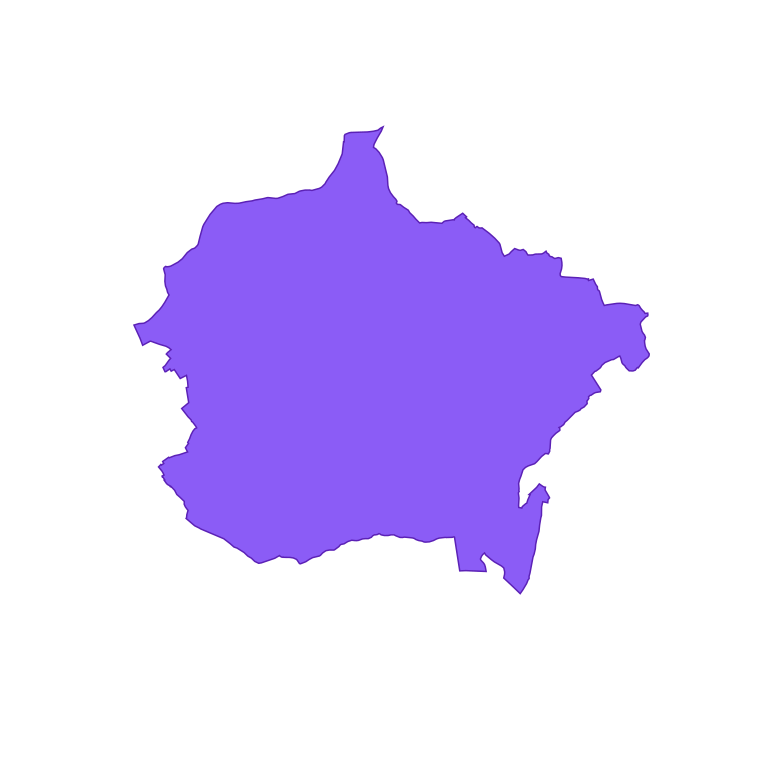 outline of Urmenis, Bistrita-Nasaud, Romania, rotated 134°
{"feature_id": "2599482B85850276190943", "entity_name": "Urmenis", "entity_type": "district", "adm_level": 2, "iso_a3": "ROU", "parent_name": "Romania", "parent_adm1": "Bistrita-Nasaud", "projection": "albers", "projection_center": [24.357, 46.791], "detail": "fine", "context": "isolated", "style": "filled", "palette": "violet", "viewbox_px": 768, "rotation_deg": 134, "n_neighbors": 0, "source": "geoboundaries", "source_scale": "gbopen_adm2", "svg_char_len": 6159}
<svg xmlns="http://www.w3.org/2000/svg" viewBox="0 0 768 768"><g transform="rotate(134 384 384)"><path d="M515.3,604.8L520.7,591.0L523.8,584.5L515.8,582.0L515.3,581.6L511.5,573.2L508.3,567.1L507.4,564.0L507.2,561.0L511.6,561.5L513.7,561.4L513.8,555.3L516.1,555.2L522.8,554.2L525.6,554.5L527.3,550.1L526.7,549.5L521.9,548.5L522.6,546.0L519.3,544.9L521.6,534.4L515.0,532.1L518.4,527.3L522.4,522.7L524.0,523.7L533.1,511.5L542.2,512.5L543.7,502.1L543.8,497.9L544.6,496.3L544.3,495.3L545.2,489.7L545.7,488.3L547.7,489.0L550.6,488.7L554.4,487.6L558.5,485.8L562.4,484.6L562.5,483.4L567.8,482.6L569.3,478.1L577.2,482.2L580.8,484.7L586.2,487.2L586.3,488.0L593.5,489.4L594.2,487.2L597.0,487.8L596.9,488.6L600.3,488.6L600.9,483.2L601.4,481.4L602.3,479.0L604.4,479.7L604.9,478.7L604.5,478.5L605.3,475.2L605.9,475.4L606.7,471.2L606.6,469.6L605.7,466.3L606.2,466.3L605.7,464.7L605.9,460.8L607.4,456.3L607.2,452.2L607.2,446.1L609.3,444.2L610.3,441.7L610.8,439.1L611.0,437.2L614.9,435.1L617.3,433.2L618.2,433.0L617.5,421.7L616.0,417.0L615.5,414.9L606.6,391.8L605.7,383.7L605.5,378.7L604.1,375.7L602.4,367.6L602.4,362.4L601.4,358.4L601.4,353.7L600.0,349.6L597.9,348.0L585.2,341.5L580.0,340.0L580.1,338.9L579.4,336.9L578.5,336.3L578.4,335.8L574.1,331.2L572.1,328.4L571.0,325.3L571.0,324.2L571.9,320.1L571.4,319.2L566.2,316.8L562.1,315.9L558.4,314.7L552.6,311.0L551.3,310.7L548.3,310.8L544.3,310.0L541.3,307.9L538.4,304.8L537.7,304.4L532.3,303.5L530.2,303.7L529.3,303.5L526.7,301.7L522.5,300.6L518.8,298.7L516.8,296.1L515.6,294.8L514.2,293.7L510.3,291.8L508.2,290.0L506.2,287.9L503.0,286.6L501.1,286.7L499.1,286.1L498.4,285.3L496.7,284.1L495.1,283.7L494.7,282.7L494.5,281.3L492.7,278.4L490.0,275.7L487.7,274.2L485.5,271.9L485.0,270.1L483.3,266.0L481.7,264.2L479.9,262.9L475.0,256.7L474.1,255.0L473.7,253.0L472.5,250.3L470.6,247.5L469.8,245.4L468.7,244.1L466.0,241.7L462.3,239.7L458.8,238.5L456.4,237.2L451.8,233.4L451.2,232.6L446.9,228.4L445.3,227.5L445.2,226.9L465.8,199.7L461.4,195.5L447.9,180.3L445.1,184.2L444.0,186.3L443.6,188.1L443.4,192.0L442.9,193.1L440.1,194.2L438.0,194.5L435.7,194.3L436.3,192.1L435.8,184.9L435.3,181.0L433.3,173.1L433.1,170.1L435.3,166.7L437.1,165.1L440.4,163.1L440.2,150.3L440.2,140.4L435.3,141.2L428.5,142.8L424.8,144.3L423.2,144.4L421.5,146.1L418.7,147.6L405.0,156.6L402.0,157.9L397.5,160.6L394.1,163.4L390.1,166.0L382.3,170.2L377.2,174.2L371.4,178.2L369.2,179.4L362.9,185.3L358.4,188.0L355.7,183.7L353.1,185.7L350.9,185.8L350.4,187.1L348.4,194.3L347.6,195.2L346.1,196.2L346.8,197.1L347.3,198.5L348.0,202.9L352.3,202.4L362.8,202.9L362.2,202.0L367.4,200.1L370.6,198.5L371.6,198.9L375.4,199.3L376.3,199.3L377.5,198.7L379.2,201.3L377.9,202.8L372.3,207.6L369.0,211.7L367.3,212.2L366.8,213.2L365.7,213.9L362.0,218.1L358.5,220.1L355.1,221.5L349.2,224.4L345.7,224.3L342.6,223.3L336.7,220.3L333.8,220.1L326.6,220.3L322.0,219.7L320.5,218.0L320.5,217.6L320.1,217.2L317.2,218.1L316.2,219.2L315.0,219.8L308.4,225.4L306.3,226.1L303.5,226.2L300.0,226.1L295.4,225.3L295.0,225.4L293.8,226.8L293.7,227.9L291.9,227.1L288.2,226.6L285.7,227.3L283.0,227.0L271.6,226.9L268.6,225.5L267.7,225.4L267.1,224.9L264.8,225.1L261.5,224.1L257.0,224.2L255.4,226.1L252.1,226.6L251.1,228.0L249.1,227.9L248.4,227.3L244.3,226.4L242.9,225.7L239.3,223.0L237.6,223.9L233.5,241.0L228.4,241.1L227.5,240.5L222.7,239.7L221.1,239.8L219.3,240.3L215.0,239.9L208.5,237.2L206.9,235.9L201.1,234.3L200.1,233.8L201.0,231.5L203.4,227.6L203.7,226.2L203.6,223.3L204.0,222.0L204.2,220.5L204.2,216.8L201.7,214.0L199.6,212.9L196.1,213.2L195.8,212.3L189.2,213.2L185.3,213.3L182.4,212.7L180.9,212.7L179.7,212.9L178.1,214.1L176.7,219.9L175.3,222.5L173.5,224.9L171.7,226.9L171.0,227.0L168.8,228.4L168.2,230.0L167.9,230.3L167.5,232.8L166.9,235.0L163.0,241.2L161.1,242.2L159.6,242.3L154.0,242.4L151.9,241.6L151.0,242.1L149.8,243.5L151.9,245.3L151.4,247.3L151.5,248.9L151.2,251.9L150.4,254.9L150.7,256.5L152.8,257.6L159.2,267.0L161.9,270.2L164.3,272.5L172.3,278.7L174.5,280.1L173.5,282.8L172.0,286.2L167.8,293.2L167.5,294.2L167.7,295.4L167.6,295.9L167.0,296.8L165.7,298.2L165.6,299.3L165.2,301.1L163.2,306.4L167.5,308.8L167.2,309.4L166.4,310.0L167.3,310.7L168.4,312.7L172.7,318.1L181.0,327.7L183.6,331.1L183.5,332.5L182.4,333.9L177.9,336.2L175.1,338.3L173.0,340.5L170.5,343.9L172.0,346.4L175.1,348.3L175.6,350.2L175.8,351.5L176.7,352.9L176.9,354.5L176.2,355.4L176.6,358.0L175.9,359.7L179.2,360.2L180.9,360.9L185.5,365.4L188.0,366.8L191.2,370.0L190.9,371.8L190.2,373.8L190.5,377.3L193.2,378.8L194.1,380.2L195.8,384.1L200.4,384.4L203.6,384.3L208.5,386.2L207.5,390.2L203.0,397.6L202.6,398.8L202.2,405.6L202.5,412.8L203.6,422.0L204.3,422.4L205.5,423.8L205.8,424.5L206.0,426.4L206.4,426.7L208.1,426.8L208.4,427.5L208.1,428.5L207.2,429.5L207.5,433.2L207.4,436.7L207.8,440.9L206.4,440.7L206.5,446.0L214.2,447.7L216.5,447.9L217.1,447.4L218.0,448.5L223.9,453.0L225.2,453.7L228.2,454.0L234.9,462.4L238.4,465.5L241.4,468.9L243.4,470.3L243.3,475.3L242.9,479.7L242.9,484.6L242.1,487.2L243.2,492.6L243.6,496.6L243.8,497.2L245.5,499.2L245.3,500.8L243.5,501.6L242.9,503.9L242.7,507.5L241.9,512.3L240.3,516.4L238.4,519.2L232.7,525.4L223.3,540.2L222.3,542.4L220.8,548.4L220.5,553.2L221.1,555.9L218.8,557.5L217.1,558.1L211.5,559.8L204.0,561.6L199.7,563.3L202.2,564.2L205.7,564.7L209.4,567.1L214.1,570.9L226.0,582.5L227.5,583.6L231.5,585.4L232.9,585.0L237.4,580.9L237.8,581.4L247.5,573.9L257.4,570.0L264.7,568.0L273.1,567.2L278.9,566.1L280.9,565.5L285.7,565.6L288.2,566.4L294.8,570.3L296.2,572.3L299.5,575.6L302.7,577.9L304.2,578.8L308.9,580.4L314.3,584.9L319.5,587.0L324.3,589.5L325.7,590.8L330.2,596.6L331.0,597.4L335.3,600.1L341.3,604.6L343.9,606.1L348.6,609.8L354.7,613.9L357.6,616.7L362.3,622.5L365.9,625.4L368.5,626.6L372.5,627.6L382.8,626.9L394.3,624.5L396.8,623.6L405.7,618.8L412.5,614.8L413.8,614.5L417.1,614.5L418.1,614.7L420.6,616.0L426.1,616.8L434.0,616.1L439.5,616.8L447.3,619.3L448.8,620.2L450.6,621.7L451.0,622.7L452.5,623.0L453.4,622.9L454.2,622.6L457.4,617.3L462.3,613.0L464.4,610.4L465.3,609.2L466.7,606.1L468.4,603.4L469.3,600.5L477.6,598.4L482.5,597.5L486.9,597.1L490.7,597.3L497.4,597.1L502.1,597.5L506.3,598.6L507.4,599.2L510.7,602.2L515.3,604.8Z" fill="#8b5cf6" stroke="#5b21b6" stroke-width="1.5"/></g></svg>